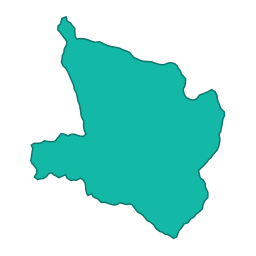 the district of Indaiatuba, São Paulo, Brazil, rotated 183°
{"feature_id": "56859067B18588423436389", "entity_name": "Indaiatuba", "entity_type": "district", "adm_level": 2, "iso_a3": "BRA", "parent_name": "Brazil", "parent_adm1": "São Paulo", "projection": "albers", "projection_center": [-47.191, -23.112], "detail": "fine", "context": "isolated", "style": "filled", "palette": "teal", "viewbox_px": 256, "rotation_deg": 183, "n_neighbors": 0, "source": "geoboundaries", "source_scale": "gbopen_adm2", "svg_char_len": 2538}
<svg xmlns="http://www.w3.org/2000/svg" viewBox="0 0 256 256"><g transform="rotate(183 128 128)"><path d="M199.8,234.0L200.4,230.8L201.1,228.1L203.2,226.0L203.2,222.3L200.5,219.8L197.7,216.1L195.4,213.5L193.3,210.6L193.9,207.5L195.7,203.9L196.0,200.1L197.4,196.7L197.5,193.2L198.0,190.3L196.0,186.6L193.3,184.4L190.9,180.7L189.2,177.3L187.2,173.2L184.5,167.8L183.6,163.7L181.6,160.7L180.4,156.9L179.7,153.5L177.4,148.0L176.4,143.3L175.8,139.9L175.1,136.9L172.6,132.6L172.5,128.0L171.7,123.8L169.8,119.8L171.8,117.5L174.5,117.2L178.4,118.1L181.4,119.0L184.5,118.7L187.9,116.9L190.4,118.3L194.5,118.9L198.1,113.8L200.6,110.6L204.0,110.4L207.7,110.3L210.7,110.9L213.4,108.8L216.8,108.0L220.9,107.8L223.7,105.8L222.0,102.6L222.5,99.0L222.9,94.4L223.3,90.4L222.3,88.0L220.2,85.9L217.2,82.5L216.7,78.3L218.9,74.2L215.6,71.8L212.7,72.7L209.6,73.2L207.2,75.0L205.0,78.0L202.4,79.5L199.8,77.4L197.3,76.4L194.5,74.7L190.7,76.7L188.0,78.1L186.1,74.7L182.7,72.7L179.8,73.2L176.6,73.2L172.7,75.5L169.8,73.4L167.7,70.5L167.0,64.8L165.9,60.7L164.5,58.5L160.9,60.5L159.5,58.0L157.3,56.6L154.2,55.5L151.0,52.3L146.5,52.5L143.1,51.5L140.0,50.7L137.2,50.4L134.8,51.1L132.5,52.9L129.2,52.3L125.5,51.5L122.5,52.3L119.8,51.6L116.9,48.1L114.1,44.7L111.0,43.2L108.3,41.4L106.2,39.1L104.2,36.8L100.9,35.3L97.2,32.7L95.0,29.4L91.2,26.5L87.9,25.6L85.9,24.1L83.0,23.7L80.3,22.4L76.9,20.2L73.9,21.6L73.1,24.3L71.8,28.0L70.1,30.0L68.6,32.3L67.0,35.1L63.1,36.6L60.7,40.5L57.6,42.4L55.8,45.2L52.4,48.1L49.5,51.2L49.1,54.9L48.0,58.5L46.4,60.7L44.6,63.0L44.9,67.9L47.6,73.1L48.3,77.1L50.4,80.1L53.2,81.9L54.2,85.0L55.4,89.1L52.7,92.1L50.0,94.9L47.5,98.0L45.7,100.9L43.6,102.7L42.1,105.3L40.0,107.8L37.7,110.9L36.3,115.2L35.8,118.9L35.7,122.3L36.7,126.1L35.3,129.4L34.9,132.2L34.4,135.3L34.1,138.3L33.8,141.3L32.3,145.5L32.7,149.2L36.3,152.2L37.6,155.2L39.2,158.7L40.2,161.3L40.7,164.7L42.8,168.6L46.4,170.8L50.4,168.2L54.5,166.2L58.4,164.6L61.0,160.5L64.6,159.2L68.1,160.0L71.1,161.3L73.2,163.7L74.4,166.8L74.8,170.2L73.4,172.9L73.0,176.1L73.0,180.2L75.6,182.9L77.8,185.0L78.6,187.7L80.7,190.0L82.3,192.7L84.3,194.4L87.6,195.4L90.0,195.4L92.5,194.4L95.6,193.0L100.0,193.1L103.5,193.9L107.5,195.2L111.3,195.4L117.7,195.6L126.1,198.8L128.4,201.4L130.5,203.6L133.3,204.7L136.7,205.6L140.5,207.2L146.5,208.2L152.3,209.0L157.4,211.1L161.0,212.6L165.1,211.9L167.9,212.4L172.7,214.0L175.7,214.7L181.2,214.8L183.8,214.0L185.7,217.0L186.0,220.8L186.4,224.7L189.0,227.4L190.7,229.6L194.5,231.8L195.6,235.8L199.8,234.0Z" fill="#14b8a6" stroke="#0f766e" stroke-width="1.5"/></g></svg>